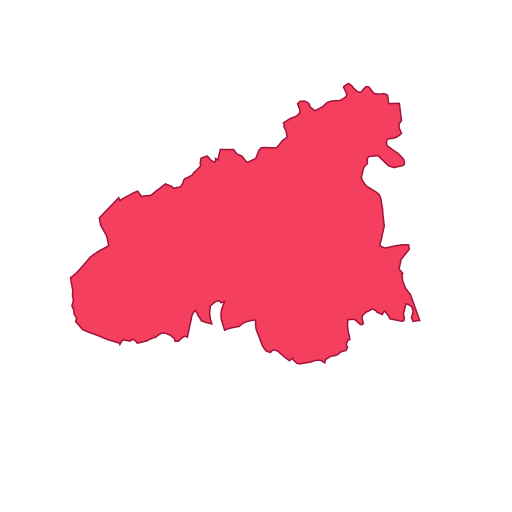 outline of Sinbillawin, Ad Daqahliyah, Egypt, rotated 157°
{"feature_id": "37247803B43017025732324", "entity_name": "Sinbillawin", "entity_type": "district", "adm_level": 2, "iso_a3": "EGY", "parent_name": "Egypt", "parent_adm1": "Ad Daqahliyah", "projection": "natural_earth1", "projection_center": [31.475, 30.883], "detail": "fine", "context": "isolated", "style": "filled", "palette": "rose", "viewbox_px": 512, "rotation_deg": 157, "n_neighbors": 0, "source": "geoboundaries", "source_scale": "gbopen_adm2", "svg_char_len": 5213}
<svg xmlns="http://www.w3.org/2000/svg" viewBox="0 0 512 512"><g transform="rotate(157 256 256)"><path d="M64.4,340.5L73.6,344.1L74.1,346.3L73.1,348.4L72.6,350.5L72.1,352.7L74.1,354.8L75.6,355.9L78.6,356.4L81.6,358.1L83.6,359.2L84.6,361.8L85.1,363.7L85.6,366.1L86.1,367.2L87.1,368.3L88.1,368.8L88.6,368.8L90.1,368.3L91.6,367.8L93.6,366.7L95.2,365.7L98.2,367.3L100.7,372.6L101.1,374.8L103.1,378.5L104.6,378.6L107.2,378.0L108.2,378.0L109.4,377.4L109.4,374.8L109.2,370.0L109.2,369.0L110.9,367.6L112.2,367.2L113.0,366.9L115.7,366.6L118.2,366.4L119.7,366.9L120.6,367.3L122.8,368.0L125.8,369.1L126.7,369.2L129.7,369.4L130.3,369.5L136.8,367.3L138.5,367.2L144.8,366.6L146.4,369.2L147.8,371.7L147.8,373.6L147.8,375.9L150.4,379.4L150.8,379.6L152.9,380.4L154.9,381.2L157.4,380.2L158.3,379.9L158.3,377.9L158.4,376.2L158.4,374.2L159.4,371.0L161.9,369.7L162.4,369.5L164.9,368.9L169.4,369.1L171.3,369.1L178.8,367.8L178.6,366.9L178.7,366.3L179.8,363.8L179.5,359.0L181.0,353.0L183.8,352.5L186.4,352.0L194.4,347.7L195.9,348.1L197.1,348.4L204.3,351.9L208.8,353.6L211.1,352.6L211.7,352.4L213.3,350.8L216.4,347.7L218.2,345.9L221.2,345.8L225.5,345.6L227.2,345.4L228.2,347.1L230.0,353.6L232.4,356.1L232.9,356.5L233.7,357.2L235.0,362.7L247.2,368.0L253.4,359.5L254.4,360.6L255.2,361.5L255.6,359.7L257.3,358.5L257.8,359.1L259.8,361.2L261.8,367.1L268.4,367.5L269.3,366.1L271.0,363.5L271.4,361.9L271.6,360.9L273.0,360.0L274.1,359.4L275.9,358.8L276.4,358.5L278.9,357.6L280.0,357.3L280.4,357.2L281.0,356.8L282.9,355.6L285.4,355.2L287.4,355.0L288.3,354.9L289.5,355.0L290.9,355.1L292.7,354.3L293.2,353.7L294.1,352.5L295.9,350.8L296.9,350.2L298.8,349.0L302.2,350.0L303.0,350.1L305.1,350.4L306.9,353.5L307.4,354.0L309.8,356.4L311.2,357.8L312.6,357.4L315.6,356.6L318.7,355.7L319.8,355.4L322.1,355.0L328.9,352.9L338.2,355.7L339.6,362.0L342.5,362.0L343.2,362.0L343.6,362.1L345.3,361.8L346.5,361.7L347.1,361.6L353.7,361.1L355.6,360.9L357.7,360.5L359.6,360.0L359.6,363.3L385.3,352.3L386.2,348.6L387.0,345.1L385.8,334.1L385.7,333.6L386.1,329.8L386.2,329.3L387.6,323.0L388.2,323.0L392.6,322.5L398.7,322.0L404.6,320.8L408.6,319.9L414.4,317.0L419.9,314.3L423.9,312.4L424.3,312.2L428.1,310.5L429.0,310.2L433.4,308.9L435.2,308.5L436.9,301.6L437.9,297.0L438.2,295.8L439.7,292.7L440.3,291.4L440.6,290.5L441.5,286.2L444.9,282.1L444.9,277.5L446.2,273.2L445.4,269.2L447.6,266.0L446.2,261.7L444.4,256.0L439.6,251.0L439.2,250.6L434.9,246.7L432.5,244.4L430.9,242.8L429.3,241.1L427.9,239.6L424.4,236.3L416.0,229.3L415.9,228.3L415.9,227.7L411.8,230.8L409.3,229.7L407.8,228.6L406.3,227.6L405.3,227.0L403.8,227.0L402.6,227.8L400.3,225.4L399.3,222.1L389.8,220.5L383.3,220.9L380.3,220.4L376.3,221.4L372.8,221.9L369.3,220.2L365.8,216.5L363.3,211.6L363.8,209.0L360.8,207.9L356.3,209.5L353.8,210.0L351.8,209.4L350.9,208.1L340.7,222.6L338.1,226.4L335.6,228.5L333.1,229.5L333.1,228.4L332.6,226.8L332.6,223.6L332.1,221.5L331.7,218.8L331.7,217.8L328.2,214.5L323.2,210.7L322.6,216.1L321.1,221.4L317.6,227.8L313.1,229.3L310.0,229.8L308.0,229.3L307.0,228.2L306.5,226.6L302.8,226.3L303.5,225.5L304.6,224.4L308.6,220.2L311.1,216.0L312.6,211.7L313.9,199.9L312.2,200.0L309.2,199.9L306.7,199.4L298.6,197.7L296.6,198.7L293.1,199.2L289.6,199.2L286.1,198.6L284.1,198.1L282.1,197.5L281.6,197.0L282.6,194.3L283.1,193.3L284.1,190.1L284.6,188.0L284.7,182.6L284.7,180.0L285.2,170.9L285.0,169.8L284.7,168.2L283.7,164.5L283.2,163.9L280.7,161.8L280.3,161.5L279.2,162.3L277.2,162.8L275.7,162.3L273.2,160.1L272.2,158.0L270.2,153.7L269.7,152.6L267.0,148.0L266.2,146.7L265.2,146.7L263.7,147.2L262.7,147.7L262.2,147.7L262.2,145.6L261.2,143.4L260.3,141.3L258.3,139.7L253.7,138.6L249.2,137.5L246.7,136.9L244.2,136.9L240.7,136.3L237.2,134.7L234.5,130.8L232.5,133.5L226.0,134.5L222.0,133.4L219.0,133.4L215.9,134.5L212.9,134.4L210.4,133.9L209.4,134.4L207.4,136.0L207.4,139.7L205.6,141.3L203.8,142.9L202.3,142.3L201.8,144.2L201.3,146.1L200.8,149.8L198.8,156.7L196.8,160.4L196.2,161.5L190.2,159.3L186.7,152.3L186.2,151.8L184.7,151.3L183.7,151.8L183.2,153.9L182.7,157.7L182.1,158.3L180.7,159.8L178.2,160.8L176.7,161.3L174.1,161.3L169.6,161.8L168.5,160.6L167.1,159.1L166.6,157.0L162.6,152.7L161.6,153.7L160.1,154.8L159.1,154.8L158.6,153.2L157.6,150.0L157.1,145.7L147.2,139.0L146.6,138.6L144.6,139.2L143.6,141.3L143.0,145.0L136.5,153.5L134.5,151.4L132.5,148.7L133.0,143.3L137.0,138.6L137.0,134.3L136.5,134.2L135.3,134.0L133.5,133.7L130.5,132.6L130.2,137.7L128.9,159.9L130.9,167.9L130.7,176.0L129.4,180.1L128.9,181.7L127.6,182.6L128.8,186.0L129.3,188.2L128.4,189.5L123.8,196.1L112.2,202.4L111.7,204.4L111.2,206.7L117.7,209.4L124.7,211.1L133.8,212.8L135.5,214.2L136.3,214.9L137.8,217.1L136.8,219.2L134.8,221.3L133.7,222.9L129.7,228.7L126.2,233.5L123.7,242.1L123.1,244.2L121.1,250.0L120.1,254.3L119.3,257.4L118.6,260.1L118.6,263.6L118.6,264.4L120.6,268.2L127.1,277.3L128.5,283.2L128.5,286.9L123.5,293.8L122.1,295.2L121.5,295.9L117.4,297.5L116.7,299.2L115.4,302.3L113.4,303.3L112.4,303.3L104.4,300.6L98.7,287.1L94.4,283.4L87.7,282.3L84.9,281.8L83.3,282.8L82.8,284.4L82.3,287.1L84.3,293.0L85.3,295.1L87.8,298.9L92.3,306.4L91.3,310.5L88.8,312.2L87.6,311.9L82.8,310.6L80.3,310.5L76.7,311.1L74.2,312.1L74.2,313.1L74.2,318.0L72.7,321.7L69.2,323.8L64.4,340.5Z" fill="#f43f5e" stroke="#9f1239" stroke-width="1.5"/></g></svg>